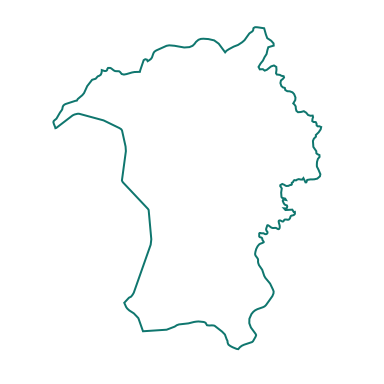 outline of Tambacounda, rotated 266°
{"feature_id": "SEN-779", "entity_name": "Tambacounda", "entity_type": "Region", "adm_level": 1, "iso_a3": "SEN", "parent_name": "Senegal", "parent_adm1": "", "projection": "natural_earth1", "projection_center": [-13.251, 14.045], "detail": "fine", "context": "isolated", "style": "outline", "palette": "teal", "viewbox_px": 384, "rotation_deg": 266, "n_neighbors": 0, "source": "natural_earth", "source_scale": "10m", "svg_char_len": 5064}
<svg xmlns="http://www.w3.org/2000/svg" viewBox="0 0 384 384"><g transform="rotate(266 192 192)"><path d="M310.9,100.2L311.7,103.8L313.9,106.0L314.5,107.8L315.4,109.2L317.0,110.0L318.7,110.4L319.9,110.5L319.3,112.0L318.9,112.9L318.7,113.8L318.9,115.1L319.7,115.9L320.8,116.2L321.6,116.9L321.5,119.0L320.9,120.1L318.8,122.4L318.0,123.7L317.8,125.0L317.7,126.6L317.4,127.9L316.6,128.7L314.6,130.1L313.9,132.3L314.2,134.9L315.4,140.4L315.7,143.0L315.5,148.4L316.9,148.8L326.9,153.0L327.7,154.6L327.2,156.2L325.6,156.9L326.5,158.6L327.5,160.2L328.9,161.4L333.1,163.2L334.6,164.3L335.7,166.2L339.6,176.8L339.9,179.5L339.1,184.7L336.7,194.3L336.7,199.5L337.8,202.8L339.5,204.8L341.5,206.5L343.4,209.1L344.1,211.5L344.1,214.0L343.4,219.1L341.7,224.7L338.1,229.0L329.0,234.8L330.5,236.3L331.9,238.8L334.1,243.7L335.5,248.2L337.9,252.5L339.8,255.0L346.1,260.2L346.7,261.1L347.7,262.9L348.3,263.7L349.4,264.4L350.4,264.5L351.3,264.9L352.0,266.4L351.8,268.6L350.3,275.4L344.0,276.7L340.2,277.8L337.4,281.5L334.6,283.7L332.3,283.7L331.7,280.8L331.1,278.2L328.2,277.1L324.4,276.0L321.3,273.7L318.1,271.9L315.3,269.3L312.1,267.1L309.6,268.2L309.6,271.2L308.0,273.0L308.7,275.2L311.8,279.7L312.5,282.6L310.9,284.8L308.0,284.8L304.6,284.1L303.3,284.8L302.7,287.8L301.7,289.3L301.1,291.5L299.8,291.8L298.6,290.7L297.0,288.5L294.5,287.8L291.6,288.5L290.0,290.0L289.4,291.8L287.2,292.2L285.9,294.1L285.6,296.6L284.4,299.2L282.5,300.7L279.0,301.8L276.5,301.4L274.9,300.3L273.3,299.2L272.1,300.3L270.2,301.4L268.0,301.4L265.7,301.8L264.2,303.3L264.2,306.2L264.8,309.2L263.2,311.4L260.7,313.2L259.8,315.5L259.8,317.7L258.2,318.0L256.6,317.3L254.4,316.9L253.4,318.0L253.1,320.3L251.5,321.0L249.7,321.0L248.7,322.1L248.7,323.6L247.8,325.4L245.5,324.7L242.7,322.5L240.2,319.5L238.6,319.5L236.7,317.3L234.5,316.2L228.5,316.2L226.6,317.3L224.1,318.8L221.9,318.8L220.9,319.9L220.0,321.7L218.1,321.7L216.2,319.9L213.3,318.8L210.2,318.4L208.6,318.4L205.5,319.7L200.8,321.3L198.7,320.7L196.6,317.9L196.1,314.7L196.3,310.9L196.0,307.8L193.7,306.7L193.7,305.9L198.1,304.1L196.7,302.8L196.9,301.1L197.4,299.4L197.0,297.7L196.3,296.5L196.7,295.3L196.6,294.7L196.1,294.2L195.4,293.8L194.7,293.3L194.4,292.5L194.0,292.1L193.4,292.1L192.6,292.1L192.2,291.7L192.1,290.6L191.9,289.7L191.4,288.7L191.4,286.7L191.8,285.7L192.7,284.6L193.7,282.6L192.7,280.6L191.8,280.4L190.6,281.1L189.3,281.8L185.2,280.9L180.8,280.9L179.8,281.6L178.9,284.5L177.5,285.2L178.2,282.5L176.8,281.9L174.7,282.6L173.1,283.5L172.6,284.3L171.9,285.8L170.9,286.0L169.6,285.6L169.0,284.7L169.3,282.6L167.5,284.0L167.4,290.8L164.9,292.1L165.0,293.2L163.7,293.2L163.0,293.1L162.2,292.4L161.9,291.7L161.6,290.8L161.5,289.7L161.2,289.0L160.7,288.6L159.2,288.0L158.1,287.2L157.7,286.5L157.6,285.7L157.9,284.4L158.0,283.6L158.0,282.6L157.6,282.0L157.0,281.6L156.4,281.1L156.2,280.6L156.3,280.0L157.2,278.5L157.5,277.9L157.5,277.1L157.2,276.6L156.6,276.4L155.2,276.5L152.5,277.1L151.8,277.1L151.2,277.1L150.5,277.0L149.8,276.8L149.1,276.3L148.9,275.7L149.0,275.2L149.3,274.7L149.7,274.2L150.0,273.7L150.3,273.2L150.4,272.5L150.4,271.7L150.4,271.0L150.4,270.2L150.6,269.6L150.8,269.0L151.1,268.5L153.0,266.3L153.4,265.8L153.6,265.1L153.5,264.8L153.1,264.6L152.0,264.2L150.4,263.5L149.8,263.4L149.2,263.3L148.6,263.5L148.0,263.7L147.1,264.4L146.5,264.5L145.8,264.4L145.1,263.8L144.8,263.1L144.8,262.3L145.0,261.7L145.3,261.2L145.8,260.6L145.8,260.4L145.9,260.0L145.9,258.8L146.3,257.5L146.4,256.7L146.1,256.3L145.6,256.1L144.4,256.1L143.3,255.9L142.7,256.1L142.3,256.4L142.0,257.0L141.9,257.6L141.6,258.2L141.2,258.6L140.6,258.8L139.4,258.9L138.5,259.4L137.1,260.1L136.8,259.9L136.3,258.8L135.6,256.4L135.0,255.3L133.2,253.6L130.7,252.1L127.9,251.1L125.7,250.6L124.2,250.9L122.0,252.3L120.8,253.0L119.6,253.2L117.8,253.0L116.6,253.1L114.4,253.7L109.5,256.6L103.3,258.2L101.2,259.2L95.2,263.5L88.9,266.0L87.1,266.5L85.1,266.2L82.5,264.9L74.7,258.5L73.8,257.7L72.8,256.4L72.1,254.7L70.6,249.2L69.6,246.8L68.2,244.8L66.1,242.8L61.5,240.4L57.1,240.0L52.7,241.3L46.1,245.5L44.8,246.0L43.3,245.4L38.8,242.4L38.1,241.4L36.0,233.2L35.1,230.9L33.7,228.8L32.0,227.2L32.4,225.5L34.3,221.7L35.6,219.6L37.1,217.8L38.2,217.3L39.5,217.0L40.9,217.0L41.5,216.8L42.6,216.3L47.5,214.9L48.0,214.5L50.6,212.3L56.9,205.3L57.2,204.7L57.4,203.8L57.6,202.3L57.6,200.1L58.0,197.8L58.1,197.6L58.6,197.4L59.5,196.9L60.6,196.4L61.0,195.7L61.5,194.7L62.4,189.5L62.4,187.4L62.2,184.9L61.2,179.3L60.8,169.8L60.2,167.6L58.9,165.3L56.4,157.1L56.5,133.4L69.9,129.7L75.0,125.5L78.2,121.2L80.2,119.3L81.8,118.3L86.2,116.7L90.9,121.7L91.9,124.0L93.8,125.7L95.6,126.9L142.3,147.1L147.6,148.1L177.0,147.5L178.2,146.9L206.4,123.8L207.3,123.3L208.4,122.9L237.4,128.9L242.0,128.9L258.2,126.5L259.5,125.8L260.8,124.1L269.6,108.8L277.8,85.2L278.0,84.1L278.0,83.1L277.5,80.2L276.7,78.2L265.4,61.1L265.2,60.2L266.3,60.0L269.7,58.9L271.4,58.6L272.4,59.0L273.2,59.9L274.6,61.9L280.5,65.9L282.4,67.5L283.5,68.3L286.0,69.0L287.2,69.7L288.1,70.9L288.6,72.1L291.1,82.1L291.2,83.5L292.7,84.5L296.3,89.4L298.2,91.2L305.0,94.9L310.9,100.2Z" fill="none" stroke="#0f766e" stroke-width="2"/></g></svg>